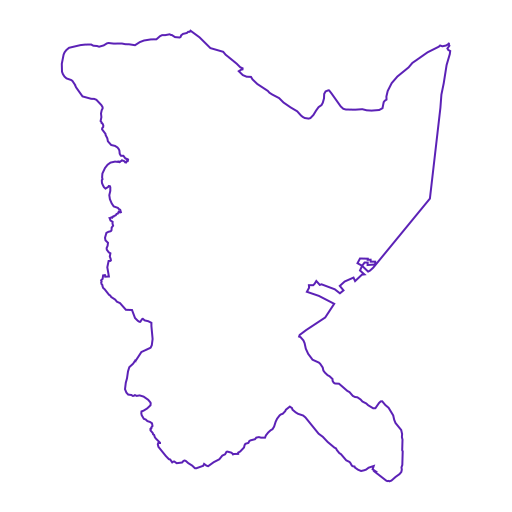 Rokan Hulu, Riau, Indonesia
{"feature_id": "22746128B35208725321264", "entity_name": "Rokan Hulu", "entity_type": "district", "adm_level": 2, "iso_a3": "IDN", "parent_name": "Indonesia", "parent_adm1": "Riau", "projection": "mercator", "projection_center": [100.261, 0.893], "detail": "fine", "context": "isolated", "style": "outline", "palette": "violet", "viewbox_px": 512, "rotation_deg": 0, "n_neighbors": 0, "source": "geoboundaries", "source_scale": "gbopen_adm2", "svg_char_len": 6002}
<svg xmlns="http://www.w3.org/2000/svg" viewBox="0 0 512 512"><path d="M446.6,65.0L449.8,54.1L450.2,51.0L448.3,50.0L447.4,48.5L449.4,45.7L448.8,44.4L449.0,42.8L448.4,44.1L446.1,45.5L442.4,46.3L440.1,45.5L438.8,46.7L427.6,52.3L412.4,62.9L408.6,67.4L397.4,76.5L391.7,83.1L387.7,91.0L386.4,96.5L386.5,99.6L384.8,100.7L383.7,102.1L382.5,108.2L379.2,110.0L371.6,110.6L366.7,110.3L362.3,109.2L355.0,109.7L345.8,109.5L343.3,108.8L340.7,106.4L331.4,93.3L329.1,90.4L328.4,90.3L325.6,91.4L324.2,93.9L324.0,98.4L322.8,102.7L321.5,105.1L318.6,107.1L316.2,110.4L313.4,115.0L310.4,118.1L308.6,118.6L304.7,118.0L302.7,116.9L301.0,115.5L297.2,111.3L290.6,107.4L283.5,102.5L279.1,98.1L272.2,94.5L269.4,92.7L267.8,90.9L257.3,84.0L252.5,79.4L251.0,76.9L246.6,76.7L242.8,75.1L238.8,71.2L241.3,69.6L242.5,69.4L242.6,68.3L240.2,67.2L236.7,63.7L225.6,54.7L223.2,51.8L210.4,48.1L199.5,37.3L190.5,30.7L189.7,31.8L188.2,31.8L186.8,33.0L183.0,33.9L181.1,35.4L180.7,36.8L179.7,37.5L175.0,37.1L171.8,35.0L171.0,35.0L169.6,34.3L165.4,35.1L162.2,35.1L160.1,36.1L156.4,39.3L150.9,39.4L144.0,40.5L139.8,42.1L135.0,45.2L129.2,44.3L125.3,44.2L121.8,43.5L113.7,43.6L108.5,43.0L106.9,43.4L103.7,45.4L99.1,46.7L97.0,46.0L93.3,45.7L91.1,44.5L85.1,44.6L80.5,45.1L69.0,47.8L66.3,50.1L64.6,52.3L63.6,54.6L61.8,63.8L62.0,71.7L62.9,74.1L64.5,76.6L66.5,78.4L71.1,80.0L72.4,80.9L74.8,84.5L74.4,84.6L74.8,84.6L76.1,87.4L82.5,96.4L91.2,98.8L94.2,98.9L96.4,99.8L101.4,105.1L102.6,107.2L102.6,108.5L101.7,110.2L101.0,113.5L101.4,117.1L100.6,121.1L101.7,122.5L101.6,123.0L102.6,123.7L103.3,125.4L103.2,127.0L102.2,128.2L102.1,129.4L105.5,133.9L105.6,135.0L107.3,138.3L107.9,141.3L111.2,145.0L115.0,145.9L117.5,147.5L118.8,149.2L119.4,150.6L119.7,153.7L120.7,155.5L121.0,155.8L123.4,155.8L125.5,158.6L126.4,158.7L127.0,159.5L127.7,159.2L128.1,159.7L127.7,161.2L126.6,161.4L126.1,162.5L125.2,162.4L124.3,161.2L122.0,160.3L121.7,160.8L120.0,161.5L119.9,162.0L119.4,162.2L118.2,161.5L117.9,161.9L115.0,161.6L110.5,162.6L107.6,164.7L105.0,168.0L102.4,173.5L102.1,177.3L102.5,179.2L101.9,180.0L101.8,180.8L102.0,183.1L102.9,185.2L103.9,187.1L105.5,188.6L108.1,187.0L108.8,186.0L109.9,186.2L110.3,187.3L110.3,190.9L109.3,195.2L109.9,199.2L111.7,203.4L113.7,206.4L117.9,207.9L118.8,209.0L120.2,209.8L120.9,212.2L120.0,212.5L118.7,211.7L117.8,213.6L116.6,213.9L115.7,215.3L114.0,216.0L113.7,216.5L113.0,216.5L112.2,217.7L111.3,217.3L110.6,218.0L109.6,218.1L110.5,220.5L112.6,221.8L112.5,223.6L113.1,225.7L111.7,227.5L111.5,230.2L111.1,230.9L110.5,231.3L108.4,231.8L106.4,232.9L105.0,237.8L105.5,240.4L108.0,242.8L107.6,245.8L106.6,248.1L106.8,249.7L108.8,252.4L110.4,253.3L109.8,256.5L110.7,259.0L110.9,260.4L110.4,260.9L108.6,261.0L107.3,267.3L108.9,276.5L105.2,276.7L104.9,275.1L103.1,275.4L102.6,278.9L101.1,280.3L101.6,281.7L101.2,282.4L101.5,284.0L102.4,285.1L102.5,286.2L103.2,288.0L104.6,289.2L109.0,294.8L110.2,295.5L111.2,297.0L115.2,299.6L116.9,301.7L120.0,303.1L125.9,309.8L132.0,310.0L135.0,318.0L137.8,320.8L139.4,321.8L140.3,321.8L142.0,319.2L142.8,318.8L144.7,320.4L148.2,321.2L151.4,322.8L151.4,326.0L152.6,339.0L151.8,345.2L150.6,347.7L141.4,352.0L136.1,360.1L135.4,360.3L135.4,361.3L134.7,361.3L133.2,363.6L129.3,367.2L128.0,371.4L127.0,378.3L125.8,382.7L125.0,389.2L126.4,392.6L128.2,394.6L131.4,395.0L132.7,395.9L133.8,395.8L134.9,395.1L136.7,395.9L139.6,395.4L143.6,396.6L148.2,399.8L150.3,402.3L150.7,403.1L150.5,405.3L147.1,408.5L143.5,410.7L141.5,411.4L141.3,413.4L141.7,415.2L143.8,418.8L145.7,419.5L147.4,421.1L150.1,422.0L152.0,423.3L152.5,426.0L151.5,427.2L151.4,428.3L151.2,428.6L150.9,428.3L150.4,428.9L150.5,430.4L152.8,433.1L153.1,434.3L154.1,434.9L154.8,437.1L155.7,438.4L160.0,442.7L160.0,443.0L158.3,443.0L157.8,444.2L158.4,446.8L165.9,456.1L168.9,459.2L170.2,459.5L172.2,462.4L173.4,461.6L174.3,461.5L176.7,463.2L182.1,462.5L183.5,460.9L184.7,460.5L186.0,461.1L188.2,463.1L192.2,465.6L194.9,468.2L196.2,468.3L203.2,465.8L204.1,463.9L206.4,465.6L208.1,466.2L213.7,462.2L219.3,459.3L222.3,455.6L225.1,454.3L226.5,451.8L227.4,451.6L231.2,452.6L232.3,453.4L233.0,454.4L233.6,454.0L238.2,453.9L238.2,452.6L240.2,451.5L244.0,447.5L244.6,445.1L245.4,443.8L248.4,442.9L249.3,441.1L250.4,440.4L255.0,439.2L256.3,437.6L258.9,437.1L261.1,437.7L265.0,437.7L265.9,435.4L268.2,432.5L270.6,430.3L272.5,429.2L274.1,426.6L275.7,421.6L277.1,418.7L279.7,415.3L281.1,414.3L282.7,413.8L285.2,411.2L285.9,409.7L289.8,406.6L292.0,408.1L292.5,409.7L295.6,412.3L298.0,413.8L303.1,415.5L305.4,417.4L318.6,433.7L322.8,436.8L327.7,442.0L334.4,447.6L336.0,448.4L336.8,450.0L339.3,453.1L341.0,454.2L346.2,460.3L349.4,461.9L350.2,462.7L351.9,465.7L353.2,466.4L354.5,466.5L355.0,467.6L358.0,469.7L361.1,471.0L364.1,470.3L366.1,469.6L368.6,467.7L373.7,466.0L372.6,469.3L375.7,471.4L374.7,471.7L386.2,480.6L387.3,481.1L388.7,480.9L389.4,481.3L391.4,480.6L395.6,476.9L399.5,474.1L401.3,472.0L401.8,469.7L401.5,467.3L402.3,465.0L402.7,451.3L402.2,450.2L402.5,439.6L401.9,437.1L402.1,434.0L401.2,430.0L395.5,423.0L394.2,419.8L393.2,415.4L388.6,407.8L385.3,405.0L382.2,401.3L380.7,401.4L379.0,403.0L375.4,408.2L373.2,408.3L368.1,405.2L366.3,403.5L362.4,401.5L360.6,399.5L357.4,397.3L355.0,397.0L352.8,395.9L349.5,392.1L347.3,390.9L339.0,383.7L335.0,383.5L333.7,382.7L332.6,380.9L332.5,379.0L329.5,376.2L327.6,375.2L324.9,372.6L323.4,370.6L322.7,367.5L320.2,363.8L318.9,362.6L312.5,359.7L311.8,358.7L308.2,353.9L305.8,348.7L304.6,343.2L303.4,340.4L300.5,337.1L299.1,336.6L299.7,334.9L306.4,329.9L325.2,317.5L334.2,303.8L318.9,295.9L306.9,291.8L309.1,287.7L308.9,285.2L313.2,285.2L314.6,283.8L316.3,281.0L319.8,284.9L321.5,284.3L334.8,289.3L339.9,293.3L343.5,290.4L339.8,285.9L344.7,281.5L353.5,277.6L355.1,281.1L361.9,274.7L364.4,274.4L360.0,270.5L362.1,265.8L368.1,271.6L370.0,270.6L373.2,267.7L429.9,198.6L440.4,107.8L441.4,94.6L443.7,83.4L446.6,65.0ZM362.1,265.8L357.5,263.2L360.0,258.5L367.8,258.7L367.7,259.8L370.6,259.7L370.7,261.7L375.2,261.7L375.2,264.5L367.6,265.0L367.7,262.5L364.6,262.5L362.1,265.8Z" fill="none" stroke="#5b21b6" stroke-width="2"/></svg>